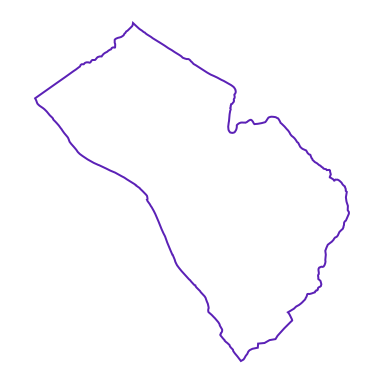 Mukomuko, Bengkulu, Indonesia (orthographic projection)
{"feature_id": "22746128B39825953538573", "entity_name": "Mukomuko", "entity_type": "district", "adm_level": 2, "iso_a3": "IDN", "parent_name": "Indonesia", "parent_adm1": "Bengkulu", "projection": "orthographic", "projection_center": [101.454, -2.731], "detail": "fine", "context": "isolated", "style": "outline", "palette": "violet", "viewbox_px": 384, "rotation_deg": 0, "n_neighbors": 0, "source": "geoboundaries", "source_scale": "gbopen_adm2", "svg_char_len": 5863}
<svg xmlns="http://www.w3.org/2000/svg" viewBox="0 0 384 384"><path d="M345.0,186.9L344.8,186.8L344.7,186.3L343.5,185.4L342.5,184.3L341.5,182.6L339.3,180.6L337.7,179.7L336.2,179.7L335.4,179.6L334.9,179.9L334.5,180.6L334.1,180.6L333.3,179.4L330.6,177.7L329.8,177.4L329.8,176.9L330.8,174.4L330.1,171.8L330.0,170.5L329.3,169.9L326.8,170.1L326.2,169.3L323.5,168.6L322.7,167.5L321.7,167.0L320.3,165.6L319.4,165.3L316.9,163.2L314.9,162.1L312.5,159.8L312.2,158.7L311.5,158.0L310.3,154.8L308.9,154.3L307.6,153.0L306.2,150.5L302.4,148.8L301.1,147.7L300.2,146.8L298.2,142.8L297.7,142.5L296.9,141.8L296.1,140.4L294.7,138.5L293.4,137.2L291.7,135.9L290.4,134.3L289.5,132.5L288.1,130.5L287.0,129.4L284.5,126.5L281.4,123.5L280.6,122.9L279.9,121.3L279.1,119.9L278.1,118.4L277.3,118.1L275.7,117.2L273.9,116.9L271.6,116.7L270.3,116.9L268.6,117.5L268.0,118.2L266.2,121.0L265.3,122.1L264.7,122.3L261.7,123.1L257.8,123.8L254.4,124.1L253.8,123.4L253.0,121.9L252.0,120.5L251.1,119.9L250.2,119.9L249.3,120.3L248.2,121.0L247.1,121.9L245.9,122.5L245.4,122.7L244.9,122.6L243.1,122.6L242.0,122.5L240.5,122.7L238.9,123.4L237.2,124.7L236.8,125.3L236.8,127.1L236.5,128.7L236.1,129.9L234.9,131.9L233.9,132.6L232.5,132.9L231.0,132.7L230.1,132.4L229.4,131.5L228.8,130.5L228.5,129.7L228.2,126.7L228.3,125.9L228.7,122.7L229.0,121.1L229.6,114.3L230.2,110.8L230.7,109.5L230.6,108.7L230.2,108.1L230.8,106.9L230.6,106.1L230.9,105.4L231.1,104.2L232.2,103.8L232.4,103.6L232.9,102.7L233.7,101.9L233.9,101.4L234.0,100.5L233.8,100.1L233.8,99.6L233.9,99.0L234.5,98.1L234.6,97.7L234.7,97.0L234.6,96.1L234.4,95.2L234.4,94.5L235.1,93.7L235.4,93.1L235.7,92.2L235.7,91.0L235.5,90.5L235.4,89.7L234.8,88.6L234.0,87.4L233.5,86.9L232.5,86.1L231.1,85.1L223.7,80.9L221.5,79.9L217.3,77.6L213.9,76.0L210.7,74.6L207.2,72.6L195.9,65.3L193.6,64.0L191.8,62.0L190.8,61.2L190.3,60.4L189.1,59.4L188.4,59.1L188.0,59.0L187.0,59.1L186.5,59.0L185.0,58.6L182.7,57.7L181.3,56.3L179.4,55.0L174.5,52.0L171.7,50.1L168.4,48.2L164.6,45.6L161.6,43.7L152.7,38.2L151.0,36.9L147.1,34.5L145.6,33.4L144.9,32.6L143.6,32.0L142.2,30.8L139.5,29.0L137.6,27.3L136.2,26.0L133.0,23.0L132.7,24.9L132.2,26.1L130.5,27.8L127.5,30.7L126.2,31.5L125.3,33.0L124.5,33.6L123.6,35.3L122.8,35.9L121.3,36.9L119.8,37.4L118.1,37.8L116.3,38.5L115.2,39.2L114.7,39.9L114.7,40.9L114.7,42.8L115.1,43.7L115.2,44.8L115.1,47.2L115.0,47.5L114.6,47.6L113.3,47.4L112.5,47.6L111.7,48.1L111.3,48.9L110.9,49.4L110.0,49.7L109.4,50.1L108.8,50.4L108.0,51.0L107.3,51.7L105.0,52.9L103.5,54.0L102.0,55.8L101.7,56.4L101.3,56.5L100.2,56.4L99.5,56.5L97.7,57.1L97.1,57.6L95.3,59.8L94.7,60.0L92.4,60.0L91.9,60.3L91.2,61.1L90.6,62.1L90.2,62.5L89.5,62.7L88.5,62.4L87.7,62.3L86.8,62.3L86.3,62.4L85.2,62.8L84.6,63.2L83.8,64.2L83.4,64.3L81.9,64.2L81.4,64.4L80.9,64.8L80.5,65.2L80.0,66.4L79.7,66.7L79.2,67.0L75.8,69.6L73.4,71.2L64.9,77.3L56.9,82.9L35.1,98.3L36.2,100.4L36.9,102.4L37.4,103.6L38.3,104.6L39.5,105.7L43.0,108.1L44.5,109.3L46.7,111.5L49.8,115.3L51.9,117.3L53.0,118.5L53.2,119.4L53.7,120.0L55.2,121.5L56.7,123.1L58.8,125.5L60.9,128.4L61.5,129.1L62.5,130.7L62.9,131.2L63.5,132.1L64.4,133.3L67.5,137.0L68.1,137.9L68.6,139.1L69.6,141.8L71.2,143.9L74.3,147.4L76.3,149.8L77.8,152.0L79.7,153.9L82.4,155.9L87.6,159.4L93.8,162.9L97.8,164.7L98.4,165.0L98.9,165.1L106.3,168.6L107.9,169.4L110.3,170.6L115.1,172.6L121.6,176.2L124.3,177.6L126.8,179.3L134.5,184.1L136.0,185.2L135.9,185.4L139.7,188.1L140.1,188.7L142.6,191.1L146.0,194.6L146.9,195.7L147.2,196.6L147.5,198.7L147.4,199.6L147.3,200.0L147.1,200.0L147.5,201.0L149.8,204.2L150.8,206.0L151.6,207.1L153.7,210.8L155.3,214.0L158.6,221.7L161.6,229.2L163.5,233.4L164.4,235.1L165.1,236.5L165.7,238.2L166.7,241.0L167.1,242.2L170.5,250.4L172.4,254.8L172.7,254.8L174.7,259.6L175.3,261.7L175.9,263.0L177.0,265.2L179.0,267.9L181.5,271.0L189.1,279.4L190.2,280.3L191.0,281.4L194.1,284.8L195.4,285.4L195.5,286.2L196.5,287.5L200.1,291.1L200.7,292.1L204.6,296.3L205.0,296.9L205.7,298.1L206.0,299.2L206.5,300.5L206.8,301.4L207.8,303.7L208.6,307.3L208.6,308.4L208.3,309.1L208.2,310.6L208.4,311.9L208.6,312.2L211.7,314.9L213.8,317.1L214.9,318.2L218.3,322.2L219.3,323.8L219.7,324.7L219.8,325.5L221.2,327.9L221.7,328.7L222.1,329.5L222.2,330.0L222.1,331.1L221.8,332.0L221.2,332.9L220.9,333.1L220.9,333.8L220.4,334.3L220.3,334.6L220.3,334.9L220.5,335.4L223.2,338.7L224.6,340.2L224.6,340.6L226.0,342.0L227.2,342.9L229.5,345.0L230.0,346.5L231.3,348.0L232.9,349.6L233.3,351.2L234.8,353.3L237.4,356.4L240.9,361.0L241.8,360.5L243.4,359.6L244.0,358.8L244.0,359.0L245.7,355.9L247.3,353.9L248.3,351.6L249.6,350.2L252.4,348.8L257.8,347.7L258.1,343.6L264.5,343.0L269.6,340.1L275.5,339.1L277.6,335.7L284.2,328.4L290.9,321.7L292.1,320.6L292.2,320.4L291.9,319.3L289.5,314.4L288.3,312.7L287.9,312.3L290.3,310.9L292.9,309.3L293.7,308.9L296.2,306.5L299.0,305.0L301.2,303.3L302.7,301.9L303.5,301.0L304.6,300.0L305.5,298.7L305.7,298.0L306.0,297.5L306.5,296.7L306.7,296.2L307.2,294.4L307.5,294.0L308.5,293.9L309.5,294.0L311.5,293.5L314.9,292.3L315.0,291.7L315.2,291.4L315.9,291.0L316.2,290.4L316.4,290.3L317.0,290.3L317.4,290.2L317.9,289.2L317.9,288.4L318.3,287.7L319.3,287.0L320.1,286.7L320.4,286.5L320.9,286.0L321.1,285.1L321.3,284.7L321.3,284.4L321.2,283.6L320.5,281.0L319.2,279.7L318.5,279.3L318.3,278.8L318.3,277.1L318.1,276.2L318.1,275.4L318.3,274.7L318.8,274.0L318.8,272.3L318.5,270.6L318.5,269.8L318.5,269.0L319.0,267.9L319.5,267.4L319.9,267.4L321.3,266.7L322.7,266.9L323.6,266.5L324.5,265.2L325.2,263.3L325.5,261.6L325.3,260.0L325.8,254.7L325.3,250.8L326.5,247.6L327.8,244.7L331.9,241.6L333.6,239.7L334.1,238.7L335.0,237.6L336.7,236.8L337.8,235.5L338.8,233.3L339.4,232.0L341.1,230.3L342.8,228.8L343.5,227.0L343.5,226.3L344.0,225.0L344.0,223.9L344.2,222.4L345.0,221.2L345.9,220.6L348.9,213.7L348.9,212.1L347.7,210.1L347.9,205.9L346.7,202.3L346.4,201.0L345.9,197.3L346.8,191.9L345.8,190.9L345.7,188.9L345.2,187.7L345.0,186.9Z" fill="none" stroke="#5b21b6" stroke-width="2"/></svg>